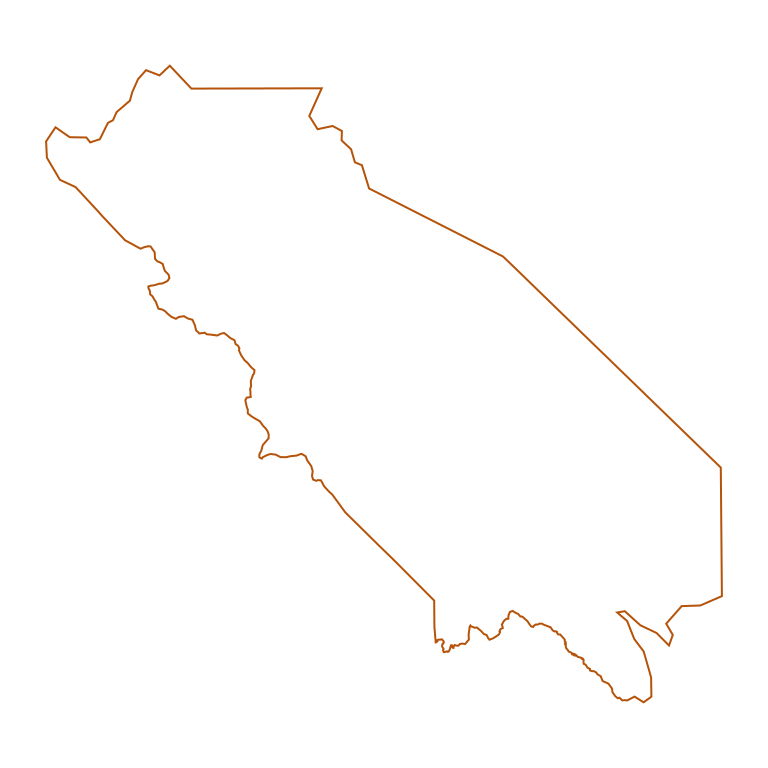 the district of San Benito, California, United States of America
{"feature_id": "52423323B5435817984489", "entity_name": "San Benito", "entity_type": "district", "adm_level": 2, "iso_a3": "USA", "parent_name": "United States of America", "parent_adm1": "California", "projection": "albers", "projection_center": [-121.114, 36.593], "detail": "fine", "context": "isolated", "style": "outline", "palette": "amber", "viewbox_px": 768, "rotation_deg": 0, "n_neighbors": 0, "source": "geoboundaries", "source_scale": "gbopen_adm2", "svg_char_len": 3901}
<svg xmlns="http://www.w3.org/2000/svg" viewBox="0 0 768 768"><path d="M46.1,141.4L46.9,157.7L60.0,179.9L75.6,187.1L99.4,212.8L102.0,215.8L125.1,240.3L140.5,248.7L144.2,247.2L148.3,246.2L150.6,246.5L154.7,252.3L155.0,258.7L157.3,261.3L159.9,262.3L162.8,264.1L163.7,267.6L164.8,270.8L168.6,274.7L169.4,278.1L167.5,281.0L164.1,282.7L161.8,283.6L159.6,283.6L157.8,284.2L153.6,285.4L151.0,285.6L148.3,286.5L148.6,288.5L149.9,291.1L150.2,294.4L152.5,296.3L154.3,299.6L155.7,301.5L156.7,304.1L158.4,308.7L162.2,309.5L165.0,311.1L167.5,313.6L171.5,316.9L175.9,318.8L178.7,317.0L183.9,316.2L188.1,318.6L192.4,319.7L194.8,325.0L196.1,330.4L199.4,333.5L204.6,332.7L206.9,334.3L210.7,334.6L215.0,335.2L217.4,335.5L220.7,333.8L224.0,333.0L226.4,334.7L230.5,338.2L234.5,340.2L235.6,344.1L238.0,345.7L239.4,348.3L238.9,350.3L241.1,355.1L244.4,360.1L247.5,362.8L251.3,367.4L254.5,370.1L254.1,373.3L252.9,375.1L250.8,381.0L251.1,386.2L250.1,389.1L250.5,392.2L250.4,394.3L250.8,396.9L248.7,397.4L246.7,397.6L245.3,400.2L245.7,401.8L246.3,404.9L246.9,407.5L247.8,409.5L247.8,413.4L251.3,416.2L255.8,419.0L259.8,421.2L263.0,425.7L265.9,428.7L267.5,431.1L268.7,434.3L268.6,438.4L265.7,441.7L262.7,445.2L261.4,450.3L259.3,454.6L259.4,457.4L261.8,458.6L262.8,457.2L267.3,455.0L270.5,454.0L275.6,454.6L280.5,457.1L286.0,457.2L290.5,456.2L296.5,455.6L299.9,454.3L301.5,453.8L305.7,456.3L307.1,460.2L311.2,466.0L312.7,471.1L312.0,476.0L313.1,479.6L316.3,480.8L317.9,480.1L321.0,480.4L324.2,486.4L329.0,491.6L332.3,494.6L345.3,512.4L379.0,545.6L393.8,560.0L434.2,600.6L434.4,626.7L435.7,642.4L436.4,642.2L437.5,641.2L437.4,640.1L438.4,639.6L439.8,639.7L441.9,639.3L443.5,641.2L443.9,642.1L443.3,643.6L442.7,643.7L442.1,645.1L442.2,646.8L443.6,649.0L443.0,650.3L443.9,652.2L444.7,652.1L447.0,651.3L447.9,651.9L448.9,651.2L449.7,649.6L450.4,647.3L450.9,645.4L451.8,645.2L452.2,646.3L452.2,647.0L452.8,647.8L453.5,647.9L453.7,646.9L453.7,646.0L454.7,645.0L456.1,645.6L458.4,645.7L459.9,644.0L462.3,643.6L465.2,644.0L466.9,641.9L468.9,639.6L468.6,634.6L469.3,629.7L469.7,626.5L470.4,625.5L471.3,626.6L472.8,626.9L474.7,627.8L476.9,627.5L478.4,628.8L481.4,631.3L483.8,634.0L486.6,635.0L488.1,638.0L489.5,639.7L493.1,638.3L495.2,637.0L498.8,634.6L500.1,632.0L499.5,631.2L500.3,629.4L501.8,628.4L502.7,628.2L502.6,626.6L501.8,624.7L503.9,621.0L506.3,618.8L508.3,618.8L508.5,615.4L509.9,612.0L512.6,610.9L515.4,612.7L518.2,614.0L520.4,616.5L522.5,616.7L524.5,618.6L527.3,621.0L530.1,625.1L531.3,626.5L533.2,626.9L533.8,625.8L535.7,624.5L537.8,624.5L539.6,623.6L542.0,623.7L544.2,624.9L547.0,625.9L549.2,626.8L550.6,627.3L552.1,629.6L553.5,631.0L554.8,631.5L555.8,631.2L557.1,632.1L557.0,632.9L558.1,634.4L560.2,634.5L562.9,637.5L564.7,639.5L564.8,641.5L565.6,642.0L565.7,642.9L565.4,642.7L564.9,643.7L565.5,644.9L566.3,648.4L567.6,649.8L568.7,651.5L570.7,652.3L571.8,653.1L571.9,654.1L572.4,654.1L573.0,653.7L573.7,654.3L573.6,654.5L573.5,655.0L574.4,655.4L574.3,654.9L574.7,654.2L576.5,655.4L577.7,656.9L579.6,657.3L581.2,657.8L581.5,658.5L582.3,659.0L582.7,658.6L583.6,659.8L583.5,661.2L583.7,663.8L585.6,664.7L587.6,667.8L590.0,668.9L590.0,670.4L592.0,671.2L593.8,671.1L596.1,672.4L597.5,674.3L600.7,676.2L602.6,681.0L604.7,682.0L608.4,683.6L612.1,688.7L612.4,692.1L615.3,696.2L617.7,698.2L619.5,697.7L622.2,700.4L625.3,700.1L627.0,700.5L634.6,696.6L643.6,702.3L651.4,696.7L651.1,677.4L643.7,651.5L634.3,639.1L627.1,621.0L617.2,612.5L624.8,611.2L640.4,625.3L656.6,633.0L669.0,645.5L672.8,634.9L666.2,623.7L681.7,606.1L700.3,605.5L721.9,596.1L720.8,467.6L512.6,265.7L503.0,256.5L369.1,188.5L361.9,165.2L354.9,162.3L351.1,149.3L341.6,140.4L341.9,131.0L332.6,126.0L317.6,129.2L309.3,115.9L321.7,88.3L191.4,88.6L169.8,65.7L159.5,75.4L146.0,70.2L138.0,79.2L132.3,92.0L129.9,100.7L116.6,112.1L113.0,120.2L107.9,122.9L99.9,139.2L90.2,142.4L86.4,137.5L69.7,137.2L55.5,127.3L46.1,141.4Z" fill="none" stroke="#b45309" stroke-width="2"/></svg>